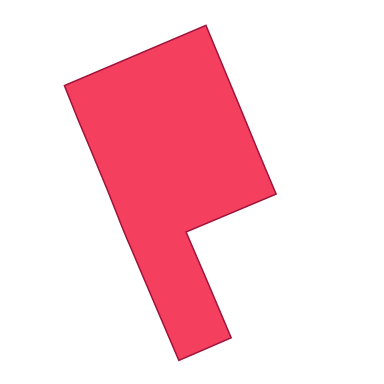 the district of Christian, Missouri, United States of America, rotated 246°
{"feature_id": "52423323B44672295900788", "entity_name": "Christian", "entity_type": "district", "adm_level": 2, "iso_a3": "USA", "parent_name": "United States of America", "parent_adm1": "Missouri", "projection": "equal_earth", "projection_center": [-93.267, 36.954], "detail": "fine", "context": "isolated", "style": "filled", "palette": "rose", "viewbox_px": 384, "rotation_deg": 246, "n_neighbors": 0, "source": "geoboundaries", "source_scale": "gbopen_adm2", "svg_char_len": 408}
<svg xmlns="http://www.w3.org/2000/svg" viewBox="0 0 384 384"><g transform="rotate(246 192 192)"><path d="M43.5,111.5L42.9,168.5L103.9,169.6L157.9,170.3L155.9,268.0L171.8,268.3L204.9,269.0L238.3,270.0L338.6,272.5L341.0,126.8L341.1,118.7L302.9,117.3L272.7,116.7L227.2,115.5L188.9,113.9L174.7,113.5L163.0,113.4L135.9,112.9L105.0,112.4L43.5,111.5Z" fill="#f43f5e" stroke="#9f1239" stroke-width="1.5"/></g></svg>